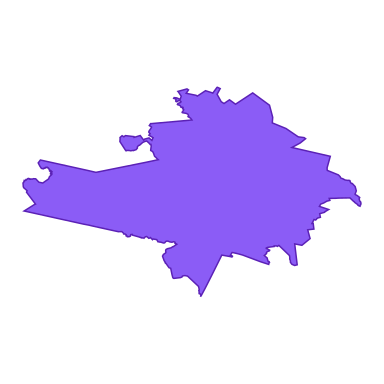 Lejasciema pag., Gulbene, Latvia
{"feature_id": "27541924B69346884723043", "entity_name": "Lejasciema pag.", "entity_type": "district", "adm_level": 2, "iso_a3": "LVA", "parent_name": "Latvia", "parent_adm1": "Gulbene", "projection": "robinson", "projection_center": [26.479, 57.294], "detail": "fine", "context": "isolated", "style": "filled", "palette": "violet", "viewbox_px": 384, "rotation_deg": 0, "n_neighbors": 0, "source": "geoboundaries", "source_scale": "gbopen_adm2", "svg_char_len": 5826}
<svg xmlns="http://www.w3.org/2000/svg" viewBox="0 0 384 384"><path d="M173.9,278.4L180.6,277.6L182.1,276.9L182.4,276.1L183.8,275.7L185.1,275.6L186.5,275.9L187.2,276.0L187.9,276.4L188.9,277.4L198.5,286.4L199.3,289.7L199.2,290.1L198.8,290.3L199.2,292.2L199.0,293.1L199.3,293.8L200.0,293.8L200.3,294.0L200.9,295.2L200.5,296.7L201.4,295.3L205.1,288.4L211.8,275.2L221.8,255.1L230.3,256.6L231.9,257.0L232.4,256.6L232.5,256.2L232.4,256.1L231.8,255.7L230.3,255.4L232.1,252.5L232.9,252.6L237.7,253.7L242.5,255.0L260.4,261.7L268.7,264.4L268.9,263.2L269.5,262.6L269.1,261.6L268.2,261.5L267.4,259.1L267.2,258.0L264.3,255.5L266.5,253.6L266.3,253.3L266.4,252.8L267.0,251.9L267.7,251.4L269.1,251.0L269.5,250.7L269.7,250.2L267.3,248.8L266.3,248.5L266.2,248.1L267.0,247.6L268.0,247.3L274.2,246.5L274.2,245.9L276.6,245.9L277.4,246.4L278.9,245.4L289.5,255.6L289.8,257.8L289.7,259.0L290.4,260.8L290.4,262.3L291.9,264.3L294.7,265.5L297.2,264.8L294.7,243.9L301.9,245.3L310.1,238.6L307.7,229.8L313.9,229.1L313.2,223.4L312.0,223.5L314.0,219.5L315.7,220.0L316.5,219.2L316.6,218.9L317.5,218.1L320.4,217.3L319.7,213.7L324.6,212.3L324.7,211.9L328.7,209.5L319.4,206.4L320.7,204.1L323.7,203.0L326.8,201.2L329.9,200.4L329.2,198.4L335.6,198.3L338.3,198.1L349.9,197.9L351.4,199.3L353.6,201.4L354.2,201.8L354.3,201.8L354.8,202.5L357.7,204.6L357.8,205.1L359.0,205.9L360.0,206.2L360.0,205.5L360.8,204.7L360.8,203.5L361.0,203.2L360.8,202.7L360.7,202.0L360.5,201.7L360.0,201.5L359.1,199.0L359.7,197.5L357.3,195.6L355.2,194.5L355.1,194.1L356.3,190.9L355.7,188.5L355.4,187.8L355.4,187.2L355.1,186.5L352.3,183.5L351.6,183.5L351.2,183.3L350.1,181.6L350.0,181.3L350.1,181.1L349.9,181.0L349.7,180.5L348.9,180.3L347.8,180.4L345.1,180.0L344.1,179.4L343.5,179.3L343.2,178.9L340.8,178.0L340.4,177.4L340.2,176.7L338.4,174.9L327.3,170.4L327.2,170.2L327.1,167.8L330.3,156.3L291.9,147.5L300.2,143.0L305.6,138.7L304.1,137.6L299.4,137.0L298.2,136.8L286.0,128.5L272.3,122.9L272.7,117.3L269.5,105.2L252.7,92.9L235.5,104.2L229.5,99.8L224.0,103.5L221.2,101.7L217.1,94.3L220.2,88.6L217.5,87.3L217.0,87.4L212.8,93.1L212.2,92.8L205.5,90.7L197.3,96.1L196.1,95.3L186.2,93.3L188.5,89.9L187.0,88.9L177.9,91.4L178.5,92.1L181.2,96.2L180.2,99.2L178.8,98.8L176.8,97.9L174.1,97.6L173.7,98.4L174.7,98.6L176.0,99.4L176.0,100.0L175.7,101.0L175.9,101.4L176.3,101.7L176.9,101.7L178.1,100.9L178.8,100.7L179.8,100.7L180.7,101.3L181.0,101.7L180.8,102.2L180.2,102.6L178.2,103.3L177.7,103.8L177.4,104.5L177.8,104.8L179.1,105.1L180.3,105.8L180.7,106.4L180.9,107.2L181.3,107.3L182.5,107.2L183.0,107.4L183.0,107.9L182.6,108.4L182.6,108.7L182.8,108.9L183.5,109.3L183.7,109.8L182.7,111.5L182.1,112.2L182.1,112.4L182.4,112.7L186.3,113.4L187.9,114.2L188.2,114.8L188.4,115.9L188.7,116.2L188.1,116.7L190.6,118.2L191.9,120.0L151.3,123.6L151.1,123.7L150.6,123.6L149.3,125.6L151.5,126.9L151.5,127.3L150.3,129.3L149.5,130.3L148.9,131.4L148.8,132.1L148.9,132.4L150.1,133.7L148.9,135.2L153.1,137.7L151.9,140.4L149.0,137.9L144.6,139.1L144.2,139.7L143.7,140.1L140.2,135.5L134.1,137.4L134.0,136.6L125.4,135.6L123.9,136.8L122.1,135.7L120.0,137.5L120.1,138.6L119.9,141.6L125.8,150.7L126.0,150.8L126.3,150.7L126.2,150.6L126.5,150.7L126.8,150.5L126.7,150.4L127.0,150.4L128.4,150.5L128.7,150.4L130.7,150.8L133.1,150.4L133.4,150.6L136.2,149.6L137.4,148.1L137.3,147.0L138.5,145.5L139.5,145.3L142.8,142.4L144.9,141.5L146.7,141.0L149.0,143.1L150.3,144.6L150.9,144.4L151.1,145.2L151.2,146.1L150.7,150.0L150.7,150.5L152.2,151.3L152.7,151.7L153.5,153.2L154.5,156.1L154.9,156.6L155.7,157.2L157.2,158.8L158.2,159.7L146.4,162.2L96.2,172.3L95.7,172.3L87.5,170.4L40.4,160.0L38.2,162.9L39.9,166.2L41.4,168.4L42.6,168.7L43.2,168.5L43.3,168.7L43.5,168.5L43.8,168.3L44.1,168.3L44.1,168.2L44.6,168.1L44.7,168.3L45.0,168.2L45.1,167.9L45.3,168.0L45.7,167.8L45.6,167.6L45.8,167.5L45.7,167.4L45.8,167.3L46.4,167.5L46.6,167.5L46.6,167.3L46.8,167.3L47.1,167.5L47.1,167.3L47.5,167.3L48.0,167.7L48.5,168.1L48.6,168.3L49.0,168.8L49.1,169.7L49.8,170.3L50.0,170.2L50.5,170.4L50.3,170.8L50.7,170.7L51.4,171.2L50.9,171.3L51.1,171.4L50.9,171.6L51.1,171.7L51.1,171.9L51.2,172.0L51.5,171.9L51.7,172.1L51.7,172.5L51.2,172.6L51.4,172.9L51.2,173.1L50.5,173.3L50.5,173.5L50.9,173.4L51.2,173.6L51.6,173.6L51.5,173.8L51.8,173.8L51.8,174.0L51.8,174.5L51.5,174.7L51.3,175.0L50.8,175.1L50.7,175.2L50.8,175.4L49.4,176.8L48.6,178.9L42.8,183.0L38.9,182.2L35.7,178.8L33.2,178.7L32.5,179.1L31.7,179.1L30.9,178.9L30.7,179.2L30.0,179.3L29.7,179.2L29.8,179.1L29.5,178.7L28.4,178.4L28.0,178.5L27.5,178.8L27.4,179.1L26.7,179.4L26.7,179.5L26.3,179.9L26.1,179.8L26.1,180.0L25.7,180.0L25.5,180.3L25.2,180.2L24.7,180.5L24.4,180.5L24.5,180.7L24.3,180.8L24.3,181.0L24.1,181.2L24.3,181.4L23.8,182.0L23.2,182.9L23.0,183.0L23.3,186.7L23.7,187.7L27.1,190.7L26.5,192.2L35.5,204.1L34.3,204.6L24.1,211.0L83.4,224.1L88.7,225.1L93.3,226.2L118.3,231.7L121.8,231.6L124.1,233.8L124.0,234.0L125.2,234.1L125.8,234.4L126.2,234.8L126.0,235.7L126.8,235.8L126.8,236.2L127.1,236.6L127.7,236.8L129.5,236.6L130.4,236.1L130.7,234.6L132.2,234.4L132.4,235.1L141.3,237.6L141.0,237.7L141.8,238.0L143.2,237.9L143.9,238.1L144.0,238.2L145.3,236.8L146.7,236.5L148.6,238.1L148.8,238.3L150.2,237.9L150.5,237.6L152.5,239.7L153.1,239.0L156.7,239.6L158.0,241.8L158.4,241.7L159.1,242.0L160.9,242.2L163.4,243.0L164.1,243.0L164.7,242.8L165.8,241.5L166.2,241.3L166.9,241.1L168.2,241.2L168.7,241.4L169.4,241.8L171.4,242.2L172.1,242.2L173.7,241.7L175.0,242.2L175.1,242.7L174.9,243.2L175.0,243.3L175.5,243.6L176.2,243.8L176.8,244.2L173.2,246.7L172.7,246.7L171.1,247.8L167.4,248.7L166.0,249.5L165.9,249.7L165.7,250.3L165.6,251.0L165.8,251.5L165.8,252.7L165.5,253.0L163.3,254.5L163.3,254.9L162.5,256.1L164.1,260.6L165.2,262.2L165.1,262.4L165.1,262.7L165.6,263.3L165.9,263.3L169.0,267.7L170.7,268.3L172.1,275.1L172.3,275.5L172.6,277.0L172.9,277.7L173.3,278.2L173.9,278.4Z" fill="#8b5cf6" stroke="#5b21b6" stroke-width="1.5"/></svg>